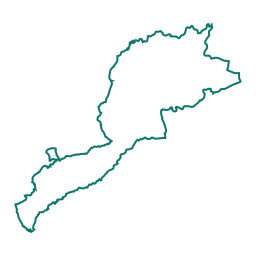 Ilamatlán, Veracruz, Mexico (Albers equal-area conic projection)
{"feature_id": "50627088B4244668772523", "entity_name": "Ilamatlán", "entity_type": "district", "adm_level": 2, "iso_a3": "MEX", "parent_name": "Mexico", "parent_adm1": "Veracruz", "projection": "albers", "projection_center": [-98.447, 20.764], "detail": "fine", "context": "isolated", "style": "outline", "palette": "teal", "viewbox_px": 256, "rotation_deg": 0, "n_neighbors": 0, "source": "geoboundaries", "source_scale": "gbopen_adm2", "svg_char_len": 5749}
<svg xmlns="http://www.w3.org/2000/svg" viewBox="0 0 256 256"><path d="M32.6,177.9L32.6,181.5L32.2,182.1L34.1,183.3L34.2,183.6L34.0,184.5L34.3,184.6L34.6,183.5L35.6,189.6L34.5,188.8L33.6,189.4L34.0,190.7L33.8,191.6L31.8,192.9L31.5,193.5L31.4,194.7L30.6,195.3L26.8,195.2L26.0,195.6L24.9,195.6L25.4,196.8L26.2,197.3L26.4,198.2L26.2,199.1L25.1,200.3L24.3,200.5L23.4,201.2L21.2,202.4L20.2,202.6L19.0,203.5L15.4,204.5L16.9,209.3L16.7,211.9L17.0,212.7L17.9,213.7L18.5,217.1L19.6,219.6L22.4,224.3L22.6,225.9L23.8,226.8L24.3,226.6L24.9,227.6L25.8,227.7L27.1,229.9L28.0,229.4L28.4,229.5L28.0,229.9L28.1,230.3L28.5,230.5L28.8,231.2L29.9,231.3L30.6,230.0L31.1,231.2L31.5,230.9L31.0,231.7L31.4,231.9L33.2,230.6L34.3,229.4L33.3,228.6L33.1,227.2L33.9,224.5L34.7,223.3L35.5,220.8L35.6,218.4L37.9,215.5L38.0,214.7L39.0,214.0L39.4,212.3L43.0,212.1L45.1,210.4L46.7,210.3L46.8,209.4L47.3,208.7L48.3,208.9L48.0,207.2L48.4,205.7L49.2,204.8L50.8,204.5L51.3,203.7L52.4,203.2L52.6,202.5L52.9,202.4L53.5,202.4L54.7,203.8L55.0,203.8L56.0,202.6L55.7,201.9L57.7,201.1L57.1,200.1L57.4,199.8L58.7,199.4L60.0,199.6L60.9,199.2L62.3,199.3L63.1,198.3L63.1,198.0L62.6,197.7L62.8,197.2L63.9,197.0L65.5,196.0L65.9,195.3L66.1,193.8L68.1,193.2L69.1,192.3L70.1,192.5L72.3,191.5L73.8,191.6L73.9,191.2L74.6,190.6L77.0,190.1L79.1,187.6L81.3,188.3L83.8,188.3L86.4,187.3L87.2,187.6L89.3,184.5L91.2,184.8L93.0,183.0L94.3,183.7L95.5,183.2L96.8,181.1L97.9,180.9L99.4,179.2L100.6,180.4L101.4,180.1L101.2,179.3L101.5,178.3L104.4,175.5L105.5,174.0L106.9,173.0L107.3,171.9L109.5,170.2L111.9,169.4L113.3,168.5L113.8,165.5L117.6,163.8L117.7,163.5L117.0,162.4L117.1,161.3L117.6,160.5L119.1,159.8L119.6,159.1L120.7,157.0L120.4,155.5L120.8,154.9L121.4,154.2L122.8,154.1L125.1,152.9L125.7,152.0L126.3,149.9L126.8,149.5L128.2,149.6L132.3,148.2L132.7,146.8L136.1,141.2L137.0,140.2L137.5,139.8L138.8,140.6L140.4,139.1L142.1,139.3L145.1,137.5L146.5,138.6L148.7,139.0L149.7,139.0L151.1,138.2L151.4,137.7L151.9,137.7L153.1,137.7L154.3,138.5L156.3,138.7L163.4,137.9L165.1,138.1L165.4,137.2L165.1,136.3L165.2,134.9L164.6,133.5L165.5,132.9L166.2,130.4L164.8,125.3L163.1,120.9L162.1,119.4L162.4,117.5L161.8,116.8L161.1,113.4L161.0,112.0L161.4,110.0L161.8,109.8L162.4,109.9L162.6,109.5L163.3,109.4L166.6,110.1L169.1,109.4L170.3,108.2L170.3,107.7L170.9,107.4L171.8,107.3L172.4,108.6L172.0,109.2L172.5,110.0L173.6,111.3L175.2,111.4L176.2,111.0L176.6,109.7L175.8,107.6L176.2,106.9L177.7,107.1L182.1,109.3L183.1,108.5L183.6,106.9L184.7,106.2L189.1,106.3L191.2,106.9L193.3,106.7L198.6,102.3L199.1,101.3L200.5,100.7L200.4,100.2L201.3,100.3L202.0,99.9L204.2,97.5L204.7,94.0L203.6,92.4L203.2,91.0L203.1,90.6L203.6,89.7L204.2,89.5L206.1,89.9L208.2,88.7L208.7,89.1L210.6,88.8L210.9,89.1L211.1,91.4L213.0,92.0L213.3,92.5L213.2,93.4L215.8,92.0L218.3,91.7L220.3,90.2L220.7,89.2L225.0,88.9L232.5,84.9L239.9,82.1L240.6,81.2L239.2,78.7L239.0,73.1L234.6,73.1L229.7,71.2L228.6,70.5L227.4,70.3L227.3,70.0L227.5,68.6L228.2,67.0L228.3,64.2L228.8,62.7L228.8,61.2L223.8,60.6L218.4,58.1L216.9,57.8L215.6,57.7L211.4,58.7L209.8,56.0L208.9,55.7L205.6,55.7L204.6,55.1L204.2,54.5L204.2,53.3L204.9,51.0L206.7,48.6L207.2,47.3L206.7,44.5L205.5,43.8L205.1,42.4L205.3,41.4L206.7,38.8L208.9,35.9L209.2,35.1L208.9,32.0L209.1,31.1L211.5,28.8L212.2,27.6L211.6,24.9L210.9,26.1L209.5,26.8L209.0,26.2L208.7,24.2L208.0,24.1L207.0,25.1L206.8,27.1L206.0,28.7L202.8,30.3L201.4,31.4L200.7,32.9L199.8,33.2L198.0,33.2L197.4,30.4L196.7,29.9L194.1,29.2L192.7,26.4L191.8,25.9L191.1,26.3L190.5,27.5L189.7,28.0L188.1,27.4L186.8,27.5L186.2,28.5L184.9,33.4L183.3,34.9L181.0,35.8L179.3,38.1L178.6,38.2L176.5,36.6L170.6,36.3L170.5,34.7L169.1,34.2L165.7,35.7L165.2,35.6L162.8,34.3L162.5,32.7L161.6,32.2L160.8,31.2L157.7,31.8L156.4,31.6L155.6,32.0L155.2,33.3L153.8,34.8L152.7,34.9L150.8,36.3L149.8,36.5L148.8,35.8L148.2,36.0L147.7,37.3L147.4,40.2L147.0,41.1L146.0,41.6L144.2,41.1L142.9,42.1L142.1,40.9L141.8,39.3L140.5,39.0L139.7,39.1L139.0,40.6L138.3,41.0L137.7,41.0L136.8,40.4L135.5,40.2L134.2,41.6L134.6,42.3L133.4,43.1L132.7,42.9L132.7,40.9L129.8,42.5L129.7,43.6L130.9,43.3L130.0,44.5L129.1,46.7L128.7,48.7L128.2,49.4L127.8,49.6L127.8,49.0L127.4,48.5L126.9,49.3L123.4,51.7L122.2,51.7L121.5,52.1L120.4,54.9L119.8,55.4L117.3,56.2L117.4,60.6L117.0,61.7L113.9,66.0L113.7,66.8L112.8,67.2L110.8,69.4L110.3,70.8L109.2,77.0L109.6,78.9L110.9,80.4L110.9,80.9L112.0,81.0L111.5,81.3L111.9,83.6L111.6,85.1L110.3,88.4L108.0,95.9L106.2,99.2L105.7,102.1L105.2,102.3L104.3,102.0L103.1,102.7L102.8,103.3L101.2,103.5L99.2,106.3L98.6,106.5L98.6,107.7L99.7,111.5L100.1,112.3L101.2,112.9L99.7,115.8L98.0,116.8L97.4,119.5L97.6,120.1L100.2,121.9L101.2,124.9L100.7,125.1L101.6,129.4L104.2,133.2L105.5,136.8L106.8,137.3L108.0,138.6L111.6,141.2L110.1,142.2L110.1,142.7L108.6,144.1L108.2,144.2L107.8,143.8L107.0,144.0L106.5,144.5L104.8,144.9L104.1,145.7L102.3,145.6L99.9,146.9L98.6,146.1L97.2,146.9L94.4,146.5L92.4,147.9L91.5,147.7L90.4,148.7L89.8,150.1L88.9,150.6L88.3,151.9L86.4,153.9L85.1,153.5L84.5,154.0L83.2,153.8L80.5,154.0L78.9,154.6L77.8,154.3L76.5,154.8L75.7,154.6L71.0,155.9L70.8,156.3L66.5,156.0L64.1,158.2L63.2,158.7L62.1,158.7L60.7,159.7L60.0,160.7L59.4,160.6L58.9,159.4L58.8,158.1L56.5,154.8L56.5,153.6L55.7,151.7L55.6,150.7L55.9,149.1L55.6,148.5L53.5,148.2L51.2,148.3L48.1,149.4L47.0,150.3L46.4,151.5L46.4,152.6L48.3,154.2L49.6,156.7L49.4,158.7L50.0,159.4L49.6,160.6L50.1,160.9L50.9,160.6L51.4,159.6L53.3,159.0L54.8,159.7L56.3,159.4L57.3,159.8L56.8,160.0L55.8,161.4L54.5,161.9L54.2,162.4L53.7,162.4L52.9,164.3L50.9,164.3L50.1,164.9L50.5,166.5L49.0,166.4L48.4,167.7L47.5,167.8L46.9,166.3L45.9,166.3L45.1,165.7L43.6,166.3L42.2,167.6L41.5,169.0L40.6,169.8L39.9,171.5L38.7,172.0L38.4,172.9L37.3,173.2L34.5,175.2L33.2,176.7L32.6,177.9Z" fill="none" stroke="#0f766e" stroke-width="2"/></svg>